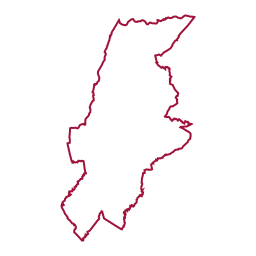 Ocuituco, Morelos, Mexico (Equal Earth projection)
{"feature_id": "50627088B33747024846778", "entity_name": "Ocuituco", "entity_type": "district", "adm_level": 2, "iso_a3": "MEX", "parent_name": "Mexico", "parent_adm1": "Morelos", "projection": "equal_earth", "projection_center": [-98.781, 18.879], "detail": "fine", "context": "isolated", "style": "outline", "palette": "rose", "viewbox_px": 256, "rotation_deg": 0, "n_neighbors": 0, "source": "geoboundaries", "source_scale": "gbopen_adm2", "svg_char_len": 5770}
<svg xmlns="http://www.w3.org/2000/svg" viewBox="0 0 256 256"><path d="M111.5,32.9L111.4,34.7L109.9,35.6L109.8,35.9L110.4,36.6L110.4,36.9L109.7,37.8L109.4,40.2L108.4,42.3L108.2,43.7L107.4,45.1L107.4,46.0L106.9,46.9L106.6,48.4L105.9,49.1L104.6,52.0L105.8,53.5L105.5,55.4L104.9,56.2L104.5,57.8L104.8,59.7L103.2,61.9L101.8,65.1L98.1,71.4L97.9,72.7L98.0,74.1L99.3,77.4L99.2,79.4L99.0,80.3L98.4,81.3L97.2,82.4L97.0,83.5L96.4,84.1L96.0,84.3L95.0,84.1L95.0,84.8L94.8,84.8L94.7,84.3L94.1,84.6L94.2,85.9L93.7,88.0L93.5,89.8L92.5,92.0L93.5,93.0L93.5,94.7L93.6,94.9L93.3,94.9L93.1,96.6L93.8,99.2L93.6,100.6L92.8,100.8L92.2,101.7L90.4,105.0L90.3,105.8L89.7,107.2L89.8,107.9L90.4,108.7L90.3,112.2L89.2,113.5L89.0,113.9L89.2,114.4L88.8,115.4L85.5,119.1L85.4,121.1L85.2,122.1L85.4,123.9L85.1,124.7L84.4,124.8L83.8,123.9L83.5,123.8L81.2,124.5L79.8,125.2L78.6,127.6L77.6,128.3L77.1,128.3L75.7,127.7L72.8,128.0L71.7,127.7L70.1,128.3L70.1,129.6L69.4,137.3L69.9,140.0L69.7,142.8L67.5,143.3L67.6,144.2L69.8,154.0L71.7,161.3L72.4,161.6L73.0,161.2L73.3,161.3L73.3,161.8L72.8,162.7L73.1,162.7L74.4,162.2L74.9,162.5L76.6,162.1L77.4,162.4L77.9,161.3L78.3,161.3L78.8,160.7L81.0,161.3L81.4,160.8L83.4,161.0L83.6,161.4L85.1,171.6L86.0,173.2L85.9,173.5L84.1,173.6L84.1,175.3L82.9,175.3L83.1,176.0L82.8,176.6L82.7,176.8L82.2,176.9L82.4,178.7L81.8,179.0L80.6,178.9L79.4,180.7L78.1,181.2L77.6,181.8L78.0,182.1L78.1,183.8L77.7,183.7L76.7,185.1L75.9,185.8L75.9,186.2L76.2,186.1L76.2,186.5L74.5,187.2L74.7,188.1L74.5,189.3L73.3,190.0L72.6,189.3L72.3,191.3L71.3,191.2L71.0,191.5L70.3,191.7L70.0,191.3L69.2,191.5L68.9,194.3L69.8,194.1L70.8,194.6L70.0,195.4L67.3,196.7L66.4,196.8L66.2,197.7L65.1,198.7L64.7,200.6L62.7,202.0L62.1,203.8L62.8,203.4L63.7,205.1L62.3,205.6L61.6,206.3L62.0,207.9L63.3,210.0L65.1,213.9L67.6,217.2L67.4,218.1L68.7,219.6L69.7,220.2L72.3,223.5L73.7,223.7L74.0,225.1L75.0,225.0L75.6,226.0L75.9,226.8L75.6,227.3L75.8,228.4L75.2,229.2L74.6,229.4L74.2,230.9L74.3,232.5L74.8,232.7L77.5,235.5L82.1,240.6L83.3,240.4L83.4,239.8L83.1,239.6L82.8,239.7L82.9,238.6L83.8,237.6L84.6,237.6L85.2,237.2L85.1,236.4L85.4,235.3L85.7,235.9L86.1,235.8L85.8,235.1L85.8,234.8L86.7,235.0L87.2,234.3L88.0,234.0L87.4,231.8L89.3,231.0L90.2,230.1L97.4,220.7L98.9,219.1L99.2,218.4L98.9,217.5L98.8,216.5L99.1,215.7L99.4,215.4L99.7,213.9L100.5,212.7L101.2,212.5L101.6,211.3L102.2,211.6L104.0,218.4L118.6,227.6L121.2,229.2L121.9,229.3L122.5,227.8L123.8,226.7L123.5,226.2L123.6,225.7L124.3,225.2L124.9,222.8L124.4,222.3L124.5,220.3L124.0,219.7L124.2,217.6L125.0,217.8L125.1,217.3L124.9,216.7L124.5,216.7L124.9,215.8L124.9,214.9L123.8,212.5L124.0,212.1L124.4,212.2L125.3,213.0L125.0,211.6L125.3,210.6L126.0,210.6L126.4,209.7L126.6,209.6L127.3,210.5L127.4,209.4L128.3,208.8L129.2,209.7L130.2,207.7L130.2,206.1L130.9,206.4L131.2,205.4L131.5,205.1L132.0,205.7L132.4,205.5L133.3,206.2L132.9,206.4L132.5,207.1L134.2,205.8L134.2,204.9L135.3,203.5L136.5,202.5L136.7,201.5L136.6,200.0L136.8,200.0L137.3,198.8L137.5,197.8L139.4,196.3L139.7,195.3L139.9,195.1L140.5,195.8L141.7,196.2L141.8,195.8L141.6,195.8L141.4,195.5L141.5,194.8L142.0,194.5L142.6,193.5L142.8,193.7L143.1,192.3L142.6,191.9L142.2,192.0L141.7,191.5L142.5,190.0L141.8,190.4L141.2,188.9L141.4,186.5L142.3,184.2L142.2,183.4L141.5,182.7L141.8,181.9L141.8,180.1L142.1,178.0L142.8,175.4L143.1,173.1L144.7,172.9L144.5,170.2L146.4,169.4L147.7,169.7L148.4,169.5L149.0,169.8L151.6,169.6L152.1,169.2L151.1,164.6L151.7,164.2L152.5,163.0L153.0,162.7L153.3,163.0L153.3,162.4L153.6,162.0L155.6,160.8L155.9,159.9L156.6,160.6L157.1,160.5L157.8,158.4L158.4,158.7L159.3,158.2L160.6,158.4L162.0,157.6L162.6,157.8L163.2,156.5L164.1,156.0L165.2,154.7L165.7,154.5L165.9,155.1L170.1,154.0L172.1,152.4L173.0,152.1L174.9,150.2L175.9,149.7L178.1,149.6L178.5,148.8L180.6,148.7L182.0,148.2L183.1,146.4L187.7,142.1L188.4,140.2L189.9,139.1L190.4,138.3L190.2,137.5L190.7,136.0L190.5,134.9L190.6,133.7L189.1,132.1L186.7,130.8L182.6,128.2L180.3,127.3L180.6,126.9L187.0,126.4L191.7,124.0L191.6,123.9L190.0,123.9L189.3,124.7L188.4,124.2L188.7,122.9L187.8,121.8L187.2,121.8L186.9,122.1L185.3,121.2L185.1,122.0L184.5,122.6L184.3,123.5L182.5,122.5L182.6,122.1L181.2,121.3L181.3,120.9L179.0,119.2L177.9,120.6L176.6,119.1L174.5,118.6L174.4,119.3L173.2,119.3L172.8,119.9L172.2,119.9L171.9,120.7L171.0,119.8L169.2,117.2L168.6,116.9L167.5,117.1L165.3,116.9L164.9,116.5L166.9,113.9L167.6,111.2L169.2,109.3L169.5,107.9L170.8,106.4L172.9,106.3L176.8,103.7L177.4,103.0L176.9,101.7L177.1,100.3L176.9,99.7L177.1,99.4L175.7,97.5L176.6,96.0L177.5,96.0L177.9,95.0L177.9,93.6L178.1,93.6L178.2,93.1L175.0,89.7L172.7,85.0L170.0,83.8L169.9,83.4L169.9,80.2L170.3,80.6L170.4,80.1L170.3,78.2L171.4,76.7L169.7,75.4L169.9,73.5L169.6,71.9L169.3,71.1L169.6,69.4L169.4,69.2L169.5,68.9L168.8,68.6L169.0,68.1L168.4,67.9L167.5,67.0L165.5,67.0L165.3,69.2L162.5,66.9L161.6,67.8L158.1,65.1L156.4,62.7L157.3,62.4L156.5,61.1L155.2,55.7L155.4,55.4L157.2,55.2L159.1,54.5L161.0,55.7L162.4,53.9L164.7,51.8L165.7,51.5L170.5,48.4L172.4,45.5L172.5,44.6L175.1,40.8L175.7,40.4L177.1,40.2L177.1,39.1L178.6,37.4L178.9,36.3L178.6,36.0L180.6,33.3L187.7,25.7L194.4,17.1L193.5,16.8L189.4,16.5L188.3,16.0L187.2,15.9L185.4,15.4L184.0,16.1L181.8,17.9L180.7,18.4L178.3,17.8L175.9,16.5L173.5,16.7L171.8,17.9L169.4,18.1L168.5,17.5L167.6,17.7L166.6,18.5L165.9,18.2L165.4,19.4L164.9,19.6L164.3,19.5L163.9,19.1L163.5,19.2L163.3,20.1L161.8,20.4L160.7,21.2L158.0,20.0L157.5,20.2L158.0,21.0L157.3,22.7L156.4,23.5L152.4,23.3L151.2,23.0L150.5,22.5L149.2,23.0L148.0,24.3L146.9,24.2L146.0,23.0L145.3,21.7L143.3,20.4L142.0,20.2L141.3,20.6L140.9,21.2L138.1,21.3L137.4,21.9L135.8,21.8L134.8,21.5L133.0,19.0L131.2,19.5L128.1,21.9L126.8,24.5L125.6,25.3L122.0,24.5L120.0,23.1L119.0,20.1L113.2,30.0L112.9,30.3L111.5,32.9Z" fill="none" stroke="#9f1239" stroke-width="2"/></svg>